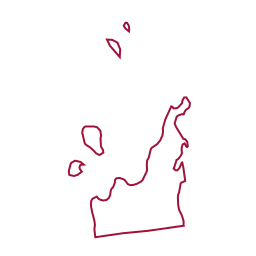 Leelanau, Michigan, United States of America (Mercator projection), rotated 352°
{"feature_id": "52423323B5500794586231", "entity_name": "Leelanau", "entity_type": "district", "adm_level": 2, "iso_a3": "USA", "parent_name": "United States of America", "parent_adm1": "Michigan", "projection": "mercator", "projection_center": [-85.819, 45.133], "detail": "fine", "context": "isolated", "style": "outline", "palette": "rose", "viewbox_px": 256, "rotation_deg": 352, "n_neighbors": 0, "source": "geoboundaries", "source_scale": "gbopen_adm2", "svg_char_len": 2036}
<svg xmlns="http://www.w3.org/2000/svg" viewBox="0 0 256 256"><g transform="rotate(352 128 128)"><path d="M133.5,232.6L169.5,232.5L169.4,232.3L170.1,228.1L169.2,222.1L167.2,216.1L167.0,211.0L167.7,203.8L168.4,201.0L169.6,199.0L172.5,190.1L173.4,189.5L177.3,188.4L177.3,174.6L176.9,169.7L176.4,169.8L173.5,174.6L170.9,176.8L169.2,176.4L167.6,174.7L170.4,169.1L171.6,166.4L173.3,165.8L175.9,163.3L177.8,160.8L178.3,155.3L179.8,151.9L181.9,151.1L183.1,154.5L183.9,155.1L184.7,154.4L184.7,149.9L183.2,147.2L181.2,146.3L175.9,134.0L174.8,129.9L177.8,123.6L179.7,122.5L183.1,121.8L183.9,121.9L184.3,122.3L184.7,122.3L185.0,122.2L185.4,121.8L185.6,121.4L185.7,120.8L187.6,118.3L190.8,116.6L191.9,115.4L192.8,111.9L190.0,105.8L187.8,105.6L185.6,108.6L185.0,111.0L180.6,114.5L179.2,115.1L176.3,115.1L175.4,114.3L175.1,113.3L173.9,112.6L166.2,124.6L162.4,133.2L162.2,136.4L161.1,140.1L158.1,144.8L154.7,148.0L148.8,150.9L147.6,152.2L144.4,160.3L142.5,162.7L141.5,166.9L141.1,172.0L140.6,173.5L135.1,181.7L133.4,182.9L129.1,184.5L125.4,185.1L122.2,184.9L120.1,183.6L117.7,179.4L116.5,178.2L112.7,176.3L109.5,176.2L108.1,177.4L107.3,180.4L105.1,184.4L103.3,185.9L102.2,187.6L101.0,191.9L99.5,194.4L96.9,196.2L93.5,196.4L91.0,195.4L89.0,194.1L87.5,191.6L83.3,193.0L81.7,194.6L80.8,197.4L80.5,200.6L80.8,206.3L81.8,215.1L81.8,219.0L80.6,223.9L80.4,231.6L108.4,231.5L133.5,232.6ZM82.0,126.2L83.0,136.6L83.3,137.7L84.6,139.3L87.8,141.9L91.3,146.2L92.7,148.5L96.0,150.8L100.2,148.9L100.1,145.9L99.0,143.6L98.7,141.7L99.4,134.2L100.3,131.9L100.2,126.8L97.6,123.1L96.8,122.6L94.2,121.7L88.6,120.9L86.3,120.6L85.0,120.9L83.2,122.7L82.0,126.2ZM63.2,164.0L63.5,166.4L67.9,168.0L71.6,167.4L76.2,164.8L74.6,161.8L74.4,160.5L74.8,159.5L75.4,158.3L76.2,157.9L79.1,158.1L76.2,155.0L71.1,153.0L67.0,154.6L66.3,155.4L63.6,161.8L63.2,164.0ZM119.5,37.5L121.5,43.9L129.7,56.6L131.2,49.0L129.4,41.9L124.6,38.5L119.5,37.5ZM138.0,26.2L139.3,29.1L142.4,32.5L143.0,30.3L143.0,26.7L141.7,23.8L140.2,23.4L138.0,26.2Z" fill="none" stroke="#9f1239" stroke-width="2"/></g></svg>